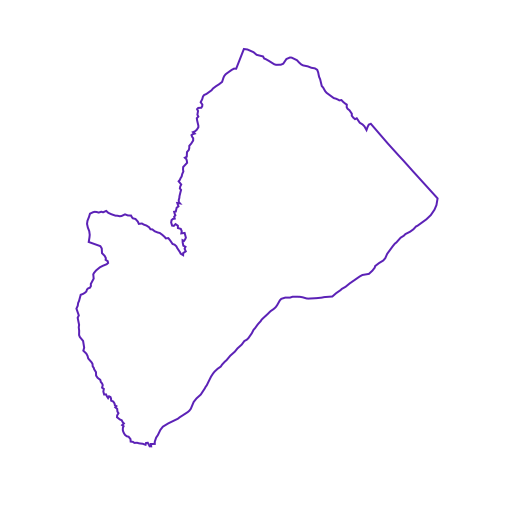 Araguacema, Tocantins, Brazil, rotated 188°
{"feature_id": "56859067B99169235597900", "entity_name": "Araguacema", "entity_type": "district", "adm_level": 2, "iso_a3": "BRA", "parent_name": "Brazil", "parent_adm1": "Tocantins", "projection": "mercator", "projection_center": [-49.438, -8.91], "detail": "fine", "context": "isolated", "style": "outline", "palette": "violet", "viewbox_px": 512, "rotation_deg": 188, "n_neighbors": 0, "source": "geoboundaries", "source_scale": "gbopen_adm2", "svg_char_len": 5012}
<svg xmlns="http://www.w3.org/2000/svg" viewBox="0 0 512 512"><g transform="rotate(188 256 256)"><path d="M285.5,125.0L283.7,130.4L282.1,133.8L280.9,135.8L278.3,139.0L275.5,141.6L274.5,143.7L272.2,147.0L270.7,148.7L267.6,153.7L263.6,158.4L261.5,161.9L257.8,166.3L255.7,170.2L253.5,171.8L252.1,173.6L249.4,178.9L248.1,182.7L247.0,184.2L244.8,188.4L243.7,190.1L242.3,192.1L241.6,193.7L239.9,195.9L236.4,200.1L234.7,202.4L233.7,203.6L231.4,205.7L230.3,206.9L229.3,208.2L228.2,210.3L226.2,215.4L225.0,217.1L221.2,218.9L216.6,219.5L214.0,220.8L207.0,221.7L204.1,221.6L200.0,221.0L198.2,221.1L190.1,222.7L185.2,223.9L182.7,224.8L174.8,226.5L171.4,230.4L167.5,234.0L166.5,235.3L163.0,238.0L159.3,242.0L150.4,250.2L148.0,252.0L141.7,254.0L138.7,257.7L136.8,261.0L136.6,262.6L133.2,266.1L129.4,269.2L127.7,271.8L126.4,276.4L121.9,284.8L120.2,287.6L118.9,288.9L115.3,294.3L112.5,296.6L111.1,298.5L106.8,301.5L103.8,304.4L101.6,307.6L100.3,308.4L92.4,316.0L88.6,320.8L85.7,326.7L84.4,331.5L84.2,338.3L110.4,360.1L112.1,361.5L123.2,370.9L129.6,376.1L132.8,378.8L141.2,385.8L160.7,402.9L162.6,401.8L163.4,399.5L164.1,396.1L166.7,399.5L168.8,401.1L171.8,402.4L175.4,406.4L177.0,405.3L179.0,406.6L180.7,408.3L180.9,410.2L183.7,413.3L185.9,414.6L186.9,416.0L187.2,418.6L188.8,419.3L191.1,420.7L193.1,422.3L195.1,421.7L196.6,422.3L198.7,422.9L201.0,423.2L208.8,427.4L210.4,428.8L213.0,432.2L214.5,433.4L217.1,440.0L218.4,442.1L219.2,444.2L220.0,446.5L221.3,448.9L223.8,450.0L227.4,450.1L231.1,451.0L235.9,451.3L237.9,452.0L240.4,453.7L242.7,455.6L248.3,457.4L250.0,457.3L253.3,455.3L255.8,450.2L258.0,448.9L262.7,448.1L264.6,448.4L270.4,451.0L273.7,452.3L275.4,452.7L276.8,454.6L283.4,455.3L286.8,457.5L293.2,459.3L296.8,459.3L301.7,438.7L303.8,438.5L306.0,436.9L309.9,433.2L311.4,431.7L312.5,429.8L313.0,428.2L313.8,423.7L316.5,420.9L319.1,418.7L321.9,415.9L323.1,413.9L327.6,409.6L329.8,408.2L330.7,406.6L331.1,403.7L332.2,400.6L330.2,398.5L330.1,396.8L330.8,395.2L333.8,394.6L334.8,393.2L333.6,391.6L333.7,387.8L332.5,386.0L333.8,384.2L333.1,381.9L332.1,379.3L331.2,377.0L331.0,375.4L332.2,372.8L333.7,371.0L335.6,369.9L333.8,368.7L335.5,367.9L336.7,366.7L335.8,365.1L334.6,363.9L334.3,361.6L335.8,358.3L337.4,355.8L337.1,353.6L337.3,351.7L338.8,349.3L338.4,344.7L340.1,343.4L338.4,342.2L337.7,340.5L337.2,338.7L340.5,334.0L340.3,331.4L339.7,329.6L340.5,326.8L340.7,324.4L341.6,322.4L342.0,320.8L343.0,319.2L341.7,318.0L340.0,316.4L340.7,314.3L340.8,312.3L339.4,311.0L339.7,308.7L340.1,304.6L340.0,302.9L340.3,300.6L339.9,298.6L338.6,297.5L341.3,297.5L339.7,294.3L341.3,292.8L341.6,288.9L343.2,288.4L342.4,286.5L341.5,285.1L342.5,283.5L341.7,281.7L343.5,281.1L344.6,279.8L344.7,277.4L343.3,274.4L341.6,274.4L340.1,276.4L337.6,275.1L337.2,272.8L334.3,272.4L333.0,270.3L333.1,268.0L329.9,268.9L328.0,264.4L328.5,262.7L329.4,260.9L330.9,261.4L330.5,259.2L329.4,256.1L327.1,255.3L327.7,253.2L326.2,250.8L328.5,248.8L328.3,246.7L330.9,247.8L331.9,249.3L333.6,251.2L335.1,252.9L336.2,254.5L338.2,255.9L340.3,256.3L343.1,259.4L345.3,261.5L347.8,260.9L348.9,262.0L351.7,263.9L354.5,265.4L356.6,265.6L359.8,266.4L362.3,267.9L364.2,267.8L365.9,269.6L368.7,270.9L371.6,271.5L373.5,272.3L376.5,271.5L377.8,273.6L380.5,275.9L383.3,276.2L384.5,277.4L385.4,278.7L388.4,278.3L391.5,279.0L394.7,276.9L396.4,276.4L398.8,276.6L400.8,276.4L403.4,276.9L405.3,277.3L408.3,278.2L410.6,279.8L413.5,278.0L415.4,278.3L417.8,277.1L420.0,277.4L421.9,277.3L423.4,276.7L426.3,274.8L426.8,271.5L427.8,267.4L427.8,264.3L426.5,260.8L424.6,257.4L423.6,253.8L423.5,251.3L423.6,246.6L411.5,244.1L409.8,242.0L408.9,237.4L405.9,235.1L404.4,233.0L404.4,231.3L402.1,230.2L401.5,228.5L402.7,227.1L406.3,225.0L409.0,223.1L412.3,219.5L414.0,216.8L414.6,215.2L413.6,211.0L415.7,205.3L415.3,203.3L416.0,201.5L417.7,200.6L418.7,199.3L419.1,197.2L420.4,195.7L422.0,194.4L424.2,193.2L425.0,186.8L425.6,184.7L425.6,181.9L426.5,178.9L423.2,172.5L424.0,170.0L422.5,165.7L421.6,163.2L421.6,160.7L420.7,157.3L420.2,153.1L419.2,151.3L415.4,147.8L413.4,141.3L413.8,138.2L410.4,135.7L408.9,133.6L407.9,131.2L404.0,127.8L402.9,126.4L402.3,123.9L401.1,122.7L400.5,121.3L399.4,120.0L398.3,118.7L397.7,115.3L395.9,113.3L393.0,111.7L392.1,109.6L390.7,108.4L389.8,106.8L390.1,104.2L388.2,103.2L388.3,100.5L387.1,97.7L385.3,98.1L384.1,96.3L382.7,94.7L382.0,96.6L380.5,96.1L379.7,94.6L379.3,92.6L377.1,92.0L375.6,90.3L375.0,88.6L373.4,87.9L374.3,86.6L372.2,85.3L371.6,82.7L370.3,81.2L371.3,78.9L371.2,77.0L367.9,75.1L366.2,74.7L364.8,72.8L363.5,71.8L365.0,69.9L363.4,69.0L363.9,67.5L363.7,65.2L363.1,63.7L362.0,62.0L360.8,60.6L358.9,59.5L357.0,59.3L354.8,57.2L354.3,54.8L352.0,54.8L350.4,54.0L347.8,54.5L345.6,54.2L342.1,54.3L339.1,53.7L338.9,55.5L337.2,56.0L335.9,54.3L334.8,52.7L333.3,52.9L333.9,55.2L330.1,55.8L330.4,58.0L329.6,62.3L328.3,64.9L326.5,70.5L324.5,74.0L319.5,78.1L310.7,84.0L309.2,85.6L301.9,91.9L300.5,93.5L299.3,95.6L297.4,102.8L295.1,106.7L291.4,111.1L290.1,113.9L288.3,117.7L287.6,119.6L286.8,121.0L285.5,125.0Z" fill="none" stroke="#5b21b6" stroke-width="2"/></g></svg>